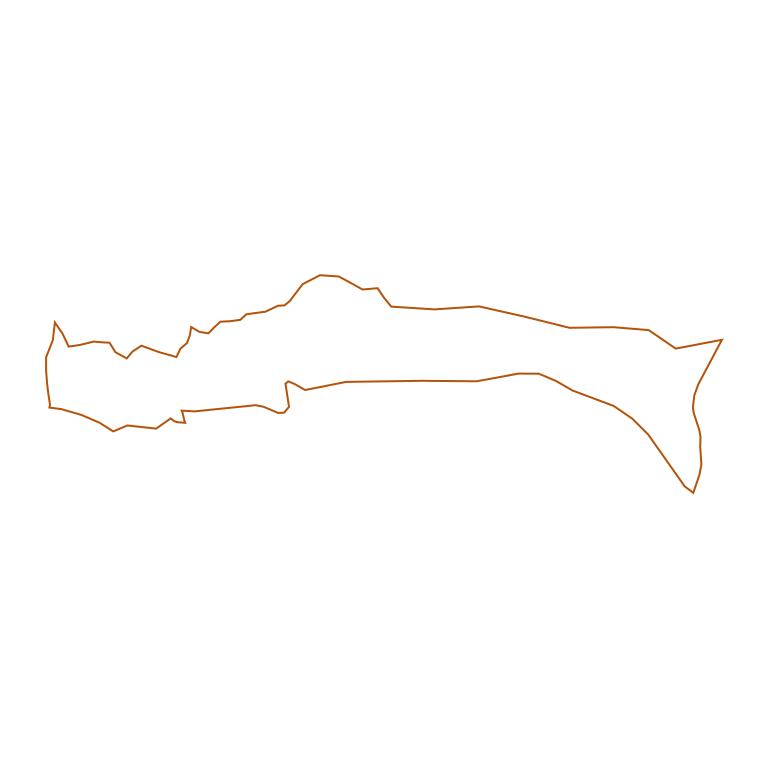 an SVG outline of Sud-Est
{"feature_id": "HTI-1389", "entity_name": "Sud-Est", "entity_type": "Department", "adm_level": 1, "iso_a3": "HTI", "parent_name": "Haiti", "parent_adm1": "", "projection": "robinson", "projection_center": [-72.47, 18.22], "detail": "fine", "context": "isolated", "style": "outline", "palette": "amber", "viewbox_px": 768, "rotation_deg": 0, "n_neighbors": 0, "source": "natural_earth", "source_scale": "10m", "svg_char_len": 1300}
<svg xmlns="http://www.w3.org/2000/svg" viewBox="0 0 768 768"><path d="M721.9,339.8L721.6,340.4L698.4,384.1L694.3,395.4L692.9,407.2L693.7,412.9L699.3,430.1L700.5,436.8L700.2,446.8L701.4,464.2L699.5,474.6L693.3,492.8L684.7,486.4L648.1,434.4L632.2,418.6L613.8,406.0L572.7,390.6L555.7,380.8L538.7,373.7L518.4,373.6L476.6,381.3L422.3,380.8L346.1,381.9L305.1,390.0L294.6,384.0L288.3,381.4L285.5,383.7L289.0,406.8L284.1,412.7L278.0,412.9L263.7,406.8L255.7,405.2L194.3,411.4L181.7,410.6L182.7,413.3L184.2,420.1L185.2,422.8L177.5,422.2L174.4,421.3L170.7,418.4L156.2,428.6L127.4,425.5L113.2,431.4L99.5,422.7L81.1,414.8L61.3,409.1L49.4,407.6L50.0,404.7L48.4,394.2L47.1,383.7L46.1,370.5L46.1,357.3L52.8,340.3L54.9,322.5L62.4,333.4L68.7,346.6L79.7,345.0L93.7,341.6L101.8,342.3L109.5,342.7L115.4,352.2L126.7,358.4L132.6,351.5L141.4,345.7L159.2,352.2L176.4,357.0L180.5,348.6L186.9,343.1L189.8,335.6L191.2,327.0L199.4,331.9L208.4,333.3L214.2,327.4L220.3,321.7L230.4,321.2L240.4,319.8L246.3,314.3L253.3,313.3L265.4,311.7L278.2,305.7L284.5,305.4L289.8,301.0L302.7,284.1L320.0,275.2L338.8,276.5L352.5,283.9L362.5,289.5L377.6,288.2L384.0,297.7L391.2,306.6L434.4,309.4L479.0,306.4L524.4,316.6L569.5,327.8L613.5,327.2L648.7,330.1L675.7,348.6L721.4,339.9L721.9,339.8Z" fill="none" stroke="#b45309" stroke-width="2"/></svg>